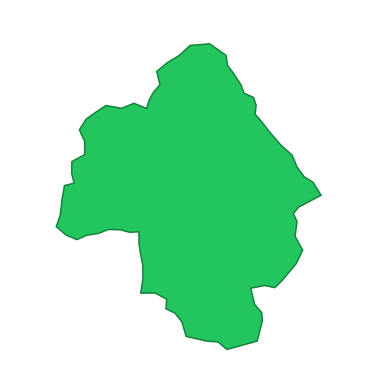 outline of Águas de Lindóia, São Paulo, Brazil, rotated 100°
{"feature_id": "56859067B8082951902088", "entity_name": "Águas de Lindóia", "entity_type": "district", "adm_level": 2, "iso_a3": "BRA", "parent_name": "Brazil", "parent_adm1": "São Paulo", "projection": "natural_earth1", "projection_center": [-46.603, -22.475], "detail": "fine", "context": "isolated", "style": "filled", "palette": "green", "viewbox_px": 384, "rotation_deg": 100, "n_neighbors": 0, "source": "geoboundaries", "source_scale": "gbopen_adm2", "svg_char_len": 1079}
<svg xmlns="http://www.w3.org/2000/svg" viewBox="0 0 384 384"><g transform="rotate(100 192 192)"><path d="M161.5,74.4L157.4,84.3L149.1,92.9L138.2,99.9L130.5,112.4L119.6,125.8L111.2,135.0L104.5,143.3L95.4,143.9L88.2,147.8L85.7,157.9L77.4,162.8L67.0,172.7L61.4,178.8L51.4,182.3L43.0,200.4L48.0,219.3L59.8,228.4L68.4,238.3L79.4,247.7L92.0,242.2L100.4,247.3L109.1,250.2L117.6,251.2L114.7,264.6L121.7,275.7L121.8,291.7L129.7,300.2L138.5,308.8L150.3,313.7L161.2,306.3L173.8,304.3L182.9,315.6L194.7,313.7L203.8,309.6L207.8,318.7L221.2,318.7L238.0,317.8L249.7,319.7L256.4,308.2L258.9,297.1L253.0,288.4L249.2,277.3L243.4,267.7L241.7,255.9L242.5,246.3L240.4,237.4L252.2,235.2L262.6,231.7L272.6,227.8L285.3,225.3L300.4,224.9L297.9,210.7L302.0,198.4L311.6,197.3L314.3,187.7L321.8,179.3L335.2,172.7L336.3,152.3L335.2,140.2L341.0,130.3L327.5,101.9L306.7,100.3L298.7,102.4L291.9,110.8L276.5,117.4L271.5,104.0L271.8,93.9L263.5,87.8L255.0,83.0L244.5,76.9L230.0,72.9L217.7,82.8L203.0,83.4L195.5,88.4L188.3,84.3L172.8,64.3L161.5,74.4Z" fill="#22c55e" stroke="#15803d" stroke-width="1.5"/></g></svg>